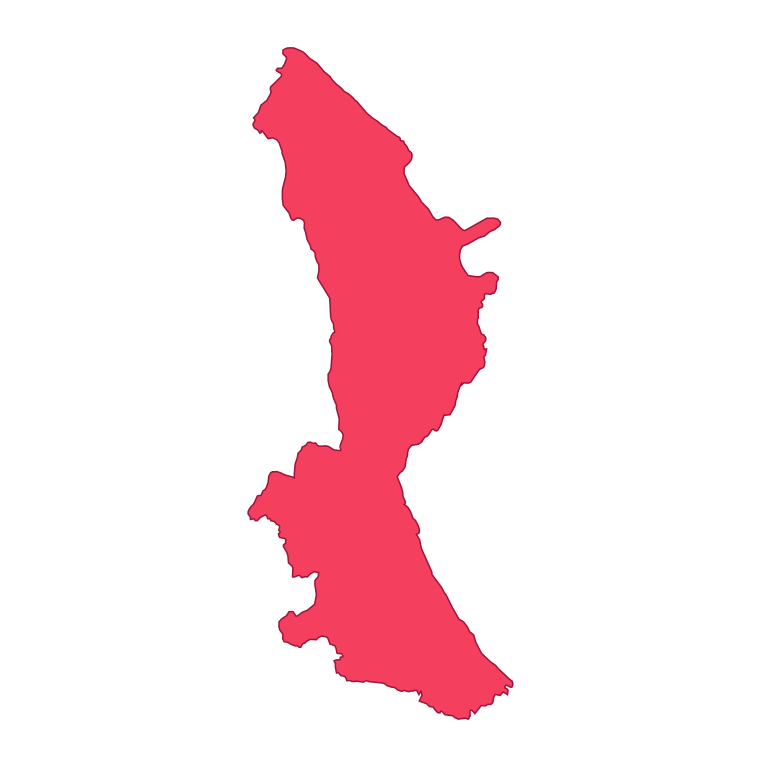 Garabito, Puntarenas, Costa Rica (Natural Earth projection), rotated 183°
{"feature_id": "36466004B76673798564195", "entity_name": "Garabito", "entity_type": "district", "adm_level": 2, "iso_a3": "CRI", "parent_name": "Costa Rica", "parent_adm1": "Puntarenas", "projection": "natural_earth1", "projection_center": [-84.613, 9.708], "detail": "fine", "context": "isolated", "style": "filled", "palette": "rose", "viewbox_px": 768, "rotation_deg": 183, "n_neighbors": 0, "source": "geoboundaries", "source_scale": "gbopen_adm2", "svg_char_len": 6074}
<svg xmlns="http://www.w3.org/2000/svg" viewBox="0 0 768 768"><g transform="rotate(183 384 384)"><path d="M471.9,124.3L470.2,121.4L466.8,121.1L463.2,119.2L458.9,117.8L456.7,118.1L455.0,116.7L453.4,116.7L452.8,117.5L452.5,118.9L451.2,120.5L449.4,121.2L448.0,122.8L444.5,125.1L438.1,125.1L436.5,127.2L433.2,129.0L428.5,128.5L426.7,127.2L424.3,121.4L419.8,120.3L419.2,119.7L418.0,117.3L416.9,112.9L416.2,112.5L412.4,112.4L411.1,111.0L410.9,109.5L413.3,108.9L413.5,106.2L417.2,106.0L419.4,105.0L417.9,102.1L417.8,99.1L416.3,92.9L414.3,93.3L411.9,90.6L408.0,90.0L406.4,88.0L405.7,85.8L401.7,86.0L400.8,85.3L398.4,85.3L395.8,85.8L389.0,85.2L386.8,86.7L385.7,86.7L383.3,86.0L369.6,85.3L367.3,84.5L365.3,83.0L360.4,81.6L358.0,81.5L356.2,80.7L354.6,79.3L351.2,78.2L349.4,78.2L348.3,79.0L347.0,79.0L345.0,78.2L342.5,78.2L341.2,78.8L338.5,79.0L337.5,79.7L335.3,79.7L332.9,75.6L331.2,79.0L330.8,79.1L329.8,75.1L332.2,69.2L324.8,67.0L321.8,64.4L317.8,63.8L316.3,61.6L313.0,58.5L310.9,58.5L310.4,60.0L309.6,60.2L308.2,59.4L305.8,56.9L298.0,56.3L295.9,54.7L292.4,53.2L285.2,54.6L282.5,53.7L281.7,54.4L281.5,56.1L280.6,56.9L281.0,61.6L280.6,62.7L279.3,62.7L277.6,61.4L276.1,59.5L270.3,67.6L269.5,68.1L266.8,67.8L265.0,68.3L263.9,69.5L260.5,69.6L258.6,71.6L258.1,76.6L256.8,79.8L251.7,79.1L248.8,82.8L244.4,80.2L244.1,84.6L245.0,85.8L247.5,87.0L247.1,88.9L246.6,89.5L245.5,89.5L242.2,88.0L240.7,87.9L240.3,88.1L239.7,90.2L239.7,92.0L240.6,94.1L243.3,95.8L254.5,105.3L258.0,108.9L263.4,112.3L272.5,120.1L278.9,131.0L281.3,138.1L285.5,141.1L288.0,145.7L292.0,150.5L296.9,153.2L304.1,164.4L311.1,176.9L313.0,178.9L316.1,184.2L326.0,196.1L326.5,199.0L338.1,221.8L340.4,230.6L343.9,235.6L341.6,236.6L340.9,238.0L341.2,241.0L342.5,244.4L345.4,249.4L348.0,251.3L351.0,258.3L353.7,262.1L357.5,264.9L356.7,265.6L356.4,267.1L359.1,272.8L359.8,277.5L361.3,281.9L366.0,292.1L363.3,296.3L360.8,298.3L358.5,302.7L358.0,310.1L356.9,313.3L356.8,317.2L356.1,320.3L353.2,324.2L346.5,325.7L343.4,328.0L340.7,332.9L338.4,334.0L337.1,335.3L333.8,341.0L332.2,341.5L330.9,340.2L328.8,339.9L327.6,341.1L325.0,346.3L322.6,355.8L316.5,356.8L312.1,365.6L311.3,371.7L310.3,374.6L310.0,378.9L307.8,386.0L306.8,388.1L306.7,386.8L304.3,389.3L299.7,389.3L297.5,390.4L290.1,402.6L289.0,403.8L285.7,405.6L284.7,407.5L284.4,411.2L285.5,414.9L285.5,416.7L284.3,418.0L284.1,419.0L283.4,424.4L285.7,423.8L286.4,426.8L287.2,427.8L287.2,429.3L284.9,432.4L284.6,434.4L285.2,436.2L286.9,438.2L289.4,439.1L292.3,446.5L293.9,449.0L294.0,453.7L293.3,454.8L293.8,462.6L292.9,464.6L290.6,465.5L289.6,466.4L289.7,468.7L291.3,470.8L291.1,471.6L288.3,474.4L288.3,478.9L287.0,479.5L282.0,479.2L280.5,480.3L279.0,480.4L277.8,482.2L276.9,485.1L276.9,491.9L275.5,494.1L275.5,496.8L281.2,500.9L285.6,500.9L287.3,500.5L291.0,498.2L292.3,496.8L294.1,496.2L297.6,495.9L305.8,496.8L311.5,504.3L312.9,506.7L315.1,512.9L315.3,516.5L314.7,522.2L312.8,525.9L307.9,528.0L297.2,534.9L291.4,537.0L286.3,541.7L281.5,544.1L277.0,548.1L276.1,549.7L276.1,551.5L279.1,554.7L283.3,555.4L290.0,554.9L311.1,541.5L313.2,541.9L315.0,543.1L323.2,551.0L328.0,553.8L332.0,553.8L337.6,550.9L340.7,550.6L344.0,553.6L349.0,561.2L355.8,567.4L359.4,572.7L369.2,583.4L375.0,595.2L375.1,600.6L374.8,601.8L370.1,606.7L368.6,609.3L368.0,611.6L368.0,614.8L369.0,616.6L371.6,618.7L373.7,622.6L376.3,625.3L377.1,627.5L380.3,627.9L380.8,630.3L381.4,631.0L384.7,632.5L393.7,638.4L395.1,640.2L400.6,643.1L403.4,645.5L409.7,649.2L415.7,653.9L425.9,664.7L427.5,665.6L430.1,668.3L434.5,671.8L439.0,674.1L442.8,677.7L447.3,680.9L451.5,684.9L453.9,688.1L460.4,693.0L467.7,700.8L475.2,705.2L481.0,710.5L483.1,711.8L491.3,714.8L494.9,714.8L498.4,714.4L502.3,712.3L502.3,708.6L498.6,705.1L498.4,703.5L500.1,698.3L502.4,694.0L506.8,693.7L508.1,692.0L507.7,691.0L503.2,688.7L502.5,687.9L502.7,685.7L512.9,674.6L512.9,671.9L512.1,670.4L512.5,667.9L515.7,661.2L521.5,656.0L523.7,648.4L528.2,643.1L526.9,641.5L526.6,640.3L528.2,637.3L528.3,635.4L526.8,632.9L523.0,630.8L521.2,628.1L519.9,628.5L519.7,630.6L518.9,630.5L512.6,622.9L508.1,624.1L504.0,622.5L501.3,619.4L498.0,611.1L497.9,609.2L494.3,600.4L492.9,592.1L493.1,585.9L495.4,574.3L495.6,571.5L495.2,563.8L494.1,557.2L487.7,549.7L485.7,544.7L484.3,543.0L482.8,542.8L479.8,544.9L478.2,545.4L474.7,544.4L472.7,542.9L471.9,540.7L471.9,535.4L470.4,531.8L468.3,524.2L464.9,518.4L464.0,515.0L461.5,513.5L459.6,511.4L459.4,508.1L458.5,505.5L457.1,502.3L455.2,499.7L455.0,493.4L456.0,486.4L442.7,467.0L440.8,448.5L439.7,444.9L437.6,441.4L437.2,437.1L435.9,434.1L436.0,433.2L437.4,432.3L439.1,429.4L439.5,427.1L440.6,425.1L440.6,423.7L438.2,419.2L437.8,413.1L437.4,412.0L437.8,396.4L438.6,393.7L440.3,390.9L439.9,384.3L438.4,378.5L435.3,372.9L433.7,367.1L430.4,360.5L430.2,357.2L426.9,347.0L426.8,336.3L424.6,334.8L422.8,332.6L422.1,330.8L422.4,326.8L424.5,320.5L424.5,318.4L423.8,316.2L423.9,315.2L430.3,315.5L436.1,318.7L439.0,319.2L443.1,318.6L446.1,318.7L447.4,319.4L449.1,321.5L451.7,321.1L454.5,322.1L457.0,321.7L458.6,319.0L462.5,316.6L463.2,313.5L466.2,310.4L466.7,306.0L468.5,299.7L468.9,290.3L468.6,285.5L469.7,286.1L478.5,288.1L481.8,289.6L486.3,290.9L490.9,290.5L492.6,289.4L494.3,285.6L494.6,279.5L496.0,274.7L497.5,272.0L499.1,271.2L501.0,266.4L504.6,265.6L507.3,258.6L508.8,256.1L510.1,254.9L512.0,252.0L513.0,249.5L512.9,247.1L510.6,244.4L510.3,241.8L506.7,242.6L505.4,240.8L503.4,240.9L500.4,244.3L495.6,247.2L494.1,246.1L493.1,243.4L491.0,243.5L489.6,241.4L486.4,241.1L484.1,238.5L481.4,237.3L480.8,236.4L480.8,235.1L481.5,232.4L480.1,231.2L480.2,230.0L481.5,229.1L481.2,227.1L480.1,225.3L474.7,224.4L474.1,223.9L474.0,219.7L475.9,218.3L476.0,216.5L472.3,210.9L471.0,207.5L470.0,200.3L466.3,197.4L465.3,195.4L465.3,186.6L463.4,186.6L459.6,188.3L458.2,188.3L456.0,186.3L452.4,187.5L450.4,187.3L447.7,190.5L443.9,192.9L439.5,192.2L439.6,188.3L442.7,184.1L442.4,179.5L440.5,170.3L441.7,160.5L448.7,154.0L453.6,151.8L458.7,147.6L460.2,147.8L460.9,149.4L463.0,152.0L466.9,151.7L469.3,147.5L473.6,144.3L475.6,142.1L476.4,140.8L476.2,136.0L475.0,132.6L471.8,128.7L471.9,124.3Z" fill="#f43f5e" stroke="#9f1239" stroke-width="1.5"/></g></svg>